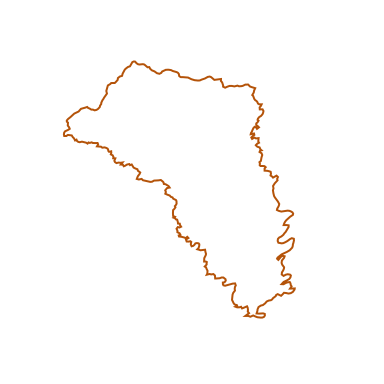 the district of Bonópolis, Goiás, Brazil, rotated 248°
{"feature_id": "56859067B5105293023793", "entity_name": "Bonópolis", "entity_type": "district", "adm_level": 2, "iso_a3": "BRA", "parent_name": "Brazil", "parent_adm1": "Goiás", "projection": "equal_earth", "projection_center": [-49.911, -13.542], "detail": "fine", "context": "isolated", "style": "outline", "palette": "amber", "viewbox_px": 384, "rotation_deg": 248, "n_neighbors": 0, "source": "geoboundaries", "source_scale": "gbopen_adm2", "svg_char_len": 6059}
<svg xmlns="http://www.w3.org/2000/svg" viewBox="0 0 384 384"><g transform="rotate(248 192 192)"><path d="M264.6,289.5L267.0,286.5L268.1,285.3L270.6,284.3L271.6,281.7L271.4,278.8L271.7,277.2L272.4,275.2L273.6,274.0L274.0,270.9L275.4,268.7L276.3,266.5L276.4,264.2L276.3,261.8L278.0,260.3L279.2,260.8L282.3,261.0L284.1,260.4L285.9,261.2L287.6,254.7L291.3,252.8L292.4,251.7L292.8,249.7L292.4,246.5L292.6,243.0L292.5,241.1L293.1,239.3L294.7,236.3L296.8,233.7L299.6,231.2L301.9,226.6L302.8,224.5L304.2,223.6L306.5,224.0L307.8,223.6L308.9,222.7L311.4,219.5L312.9,218.2L314.2,216.0L315.1,213.5L314.9,209.4L314.0,208.2L313.8,206.1L315.3,204.0L317.9,202.4L319.8,200.4L321.8,199.4L323.8,199.2L324.3,197.5L328.0,195.6L328.9,194.4L329.9,191.0L330.7,189.8L332.2,188.8L334.2,188.1L334.8,187.0L334.8,185.4L331.8,181.6L331.9,179.4L331.3,177.2L330.7,175.6L327.7,172.0L325.9,170.7L326.1,168.4L325.4,166.0L323.8,165.1L322.6,162.7L322.0,161.2L323.3,157.9L322.7,156.6L322.3,153.9L317.8,150.4L315.1,150.0L312.4,145.8L311.4,144.6L310.6,143.3L308.7,141.3L307.6,140.8L306.5,139.1L305.3,138.3L304.2,135.9L303.9,134.2L304.2,132.3L305.5,131.0L306.1,129.5L307.8,128.3L308.8,127.2L310.1,126.7L310.2,124.8L310.7,120.2L309.1,117.0L308.8,112.2L307.0,107.4L306.1,104.4L305.2,102.7L304.1,102.3L302.8,103.0L300.1,101.7L298.0,102.3L296.4,102.3L296.0,100.4L295.8,97.0L294.9,95.7L293.4,94.8L291.8,94.5L291.0,96.4L291.4,98.3L289.5,101.7L287.6,102.0L285.9,102.7L283.6,102.9L283.8,104.5L282.4,104.5L281.1,105.3L280.2,106.6L279.9,108.8L277.4,112.3L276.0,113.3L276.7,114.6L275.8,115.6L275.6,117.6L274.6,118.4L273.5,120.9L272.8,122.8L271.3,122.8L269.9,121.0L268.1,124.6L266.7,125.4L266.1,127.7L265.0,129.0L263.8,130.0L262.7,130.1L261.4,129.8L260.3,130.2L260.0,132.3L258.5,131.8L257.3,130.8L255.7,132.2L253.9,132.3L252.8,131.6L251.9,133.5L250.0,131.7L248.6,131.8L247.1,132.8L246.8,134.9L245.8,136.8L245.4,138.6L244.1,136.3L243.3,138.1L241.4,138.4L241.4,139.9L241.8,142.0L241.4,144.3L240.1,144.6L240.1,146.4L236.5,147.0L234.8,148.5L233.6,149.9L232.0,149.8L229.5,151.3L228.2,150.0L227.2,148.1L226.3,147.1L224.8,145.7L223.5,147.4L223.0,150.2L221.3,150.9L217.0,157.1L216.5,158.8L216.8,161.1L215.4,165.1L214.8,167.6L212.7,168.8L211.5,169.2L210.0,168.9L209.1,170.4L206.3,172.5L204.5,172.9L205.0,170.4L203.6,167.8L201.8,167.8L200.4,166.6L198.6,168.3L197.1,170.0L195.4,170.6L194.3,171.9L192.8,172.1L190.6,174.1L189.4,174.2L186.9,173.3L186.0,172.2L185.3,170.8L184.0,170.9L182.9,169.2L182.3,167.7L180.8,167.0L179.5,166.4L176.8,165.5L175.5,166.8L175.1,165.3L173.9,166.6L172.8,166.7L171.9,167.9L169.4,167.6L168.0,167.2L167.2,168.8L165.9,168.5L163.9,168.9L163.8,167.0L164.8,165.7L163.7,163.9L161.6,164.0L160.2,163.4L158.4,165.0L156.7,165.2L156.7,163.4L155.6,163.3L154.4,165.5L152.6,167.9L151.5,168.9L152.2,170.8L150.7,171.4L150.2,168.6L148.1,168.5L147.2,170.5L147.0,172.0L146.0,172.6L145.0,171.9L143.7,171.2L141.8,171.3L141.6,173.0L142.1,174.4L143.1,175.9L142.8,177.4L141.9,178.9L140.8,179.2L139.3,178.5L137.6,177.1L136.9,175.5L136.0,176.7L134.8,178.0L133.6,182.5L131.3,182.0L129.3,181.8L128.2,181.0L126.1,178.6L123.0,177.2L122.4,178.7L121.5,179.5L120.4,178.8L119.3,178.4L118.1,175.9L116.8,176.8L115.5,176.7L113.2,176.9L110.7,175.7L109.8,174.7L109.4,177.6L108.4,178.9L107.9,181.1L106.0,182.0L103.1,181.1L102.6,182.5L101.7,185.3L101.6,187.6L100.9,189.1L98.6,190.4L97.2,190.1L96.1,188.4L96.5,186.7L94.8,186.1L93.7,186.2L92.7,187.6L91.8,195.4L91.1,197.7L89.0,197.6L87.9,196.3L86.2,195.3L84.5,194.9L83.1,192.5L81.7,191.2L77.0,188.7L72.8,189.0L71.4,189.7L70.4,191.2L69.3,191.2L69.3,189.4L68.1,190.7L67.3,192.9L67.2,194.5L65.3,194.8L65.3,197.5L65.4,200.2L64.0,200.3L61.9,199.8L60.2,198.9L58.3,199.5L57.1,195.1L56.0,197.8L54.5,199.4L54.6,202.5L52.9,204.1L51.4,205.7L49.8,208.7L49.2,210.3L49.3,212.1L50.2,213.3L51.7,213.8L52.8,212.5L54.2,208.4L55.2,206.4L57.4,208.2L58.6,208.8L60.4,210.6L60.9,213.3L60.6,215.4L61.4,218.2L62.5,220.2L62.6,222.5L62.1,224.6L62.4,226.1L63.2,227.3L64.1,230.6L65.0,231.5L65.2,233.2L62.4,235.7L63.1,237.5L64.1,239.5L63.1,241.4L61.7,243.4L61.2,245.7L61.6,248.1L63.1,250.5L64.1,251.1L65.7,246.7L67.2,249.0L68.9,248.7L70.4,249.1L71.9,248.9L72.5,246.3L72.5,244.6L72.2,242.3L73.0,240.6L74.3,243.3L74.5,247.0L74.9,249.6L76.0,251.3L77.6,252.4L78.7,251.9L79.9,249.9L80.2,248.0L79.9,245.5L81.9,244.3L83.8,245.3L85.1,247.1L86.5,248.5L87.7,249.2L90.9,248.4L92.7,248.5L94.8,249.7L96.4,252.6L97.7,253.8L98.8,252.4L98.7,250.4L96.7,246.6L98.3,245.9L99.1,246.8L100.6,251.8L100.9,257.6L101.4,260.8L102.9,264.1L104.2,265.2L105.6,265.9L106.9,267.0L108.9,268.4L110.5,268.9L111.8,267.2L111.6,265.1L110.8,262.1L110.5,259.8L110.4,257.6L110.8,255.9L112.6,253.1L114.5,253.1L116.3,254.1L117.1,255.7L117.3,258.2L118.1,260.7L119.0,262.0L119.9,263.9L123.4,268.5L124.9,269.1L125.8,267.5L127.0,264.6L128.3,265.7L129.5,267.1L130.5,268.8L132.3,273.7L133.0,277.0L134.1,277.7L135.5,277.5L137.1,276.3L138.0,275.3L138.9,273.7L140.4,267.5L141.9,265.5L143.5,264.0L144.7,264.8L145.8,266.3L146.8,267.4L148.2,268.4L150.9,268.1L156.0,266.8L157.5,266.6L160.3,267.0L163.3,267.7L164.8,268.9L167.2,269.4L169.0,271.9L170.8,275.7L172.2,275.8L173.7,277.3L175.5,276.5L175.0,272.5L176.3,272.1L177.9,271.0L179.4,272.1L181.3,272.5L182.4,271.2L183.4,269.8L184.6,267.3L186.6,268.1L187.4,269.6L188.8,268.9L189.6,267.4L190.4,265.3L191.4,264.8L192.9,265.6L194.4,265.7L195.0,267.5L196.3,268.3L197.9,269.3L200.0,271.0L201.9,271.0L203.8,269.6L204.8,270.6L204.6,272.1L206.0,271.4L208.0,271.4L208.9,270.2L209.9,269.3L211.5,268.7L212.4,270.7L212.6,272.6L214.1,272.4L217.0,273.9L217.7,271.4L219.1,270.2L218.7,267.6L220.3,267.4L221.1,269.2L221.6,271.2L223.0,271.4L223.6,268.1L224.7,268.9L225.4,270.0L226.4,270.9L228.2,272.8L229.0,274.5L228.0,275.6L226.2,275.9L226.9,278.3L228.3,277.7L230.1,276.6L231.5,277.3L232.1,278.9L233.2,280.4L234.3,279.8L235.3,280.6L236.3,282.4L236.7,284.6L237.7,286.5L238.8,287.6L240.3,288.6L242.2,288.4L243.2,285.8L245.1,286.4L246.0,288.1L247.2,289.4L248.1,287.2L249.3,286.3L250.9,286.3L252.2,285.9L253.5,285.0L255.0,284.6L258.2,284.7L259.3,284.2L261.1,286.5L262.8,287.6L264.6,289.5Z" fill="none" stroke="#b45309" stroke-width="2"/></g></svg>